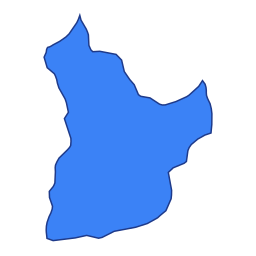 the Province of Laghman
{"feature_id": "AFG-1770", "entity_name": "Laghman", "entity_type": "Province", "adm_level": 1, "iso_a3": "AFG", "parent_name": "Afghanistan", "parent_adm1": "", "projection": "equal_earth", "projection_center": [70.121, 34.819], "detail": "fine", "context": "isolated", "style": "filled", "palette": "blue", "viewbox_px": 256, "rotation_deg": 0, "n_neighbors": 0, "source": "natural_earth", "source_scale": "10m", "svg_char_len": 1308}
<svg xmlns="http://www.w3.org/2000/svg" viewBox="0 0 256 256"><path d="M47.0,238.4L46.3,232.1L46.2,229.9L46.4,226.1L47.1,222.4L49.1,216.6L50.9,212.9L52.2,209.1L52.5,206.2L49.5,197.5L49.3,191.4L53.2,186.6L54.0,185.1L54.9,182.9L55.4,171.9L55.2,167.6L55.5,165.1L57.0,161.7L59.1,158.0L67.4,149.9L69.6,147.4L70.7,145.5L71.0,141.5L70.9,138.4L64.4,118.6L68.4,112.3L66.4,102.7L65.1,98.9L58.9,87.9L57.4,83.1L56.7,79.5L55.4,75.9L54.3,73.7L47.2,67.7L44.1,57.2L46.2,52.4L46.6,49.5L47.3,47.9L48.0,47.2L49.3,47.0L51.5,45.9L53.0,44.9L59.6,41.4L65.9,37.0L69.1,33.9L76.8,22.7L78.3,19.5L79.8,15.4L81.0,20.1L86.3,29.2L87.5,32.1L88.4,34.8L88.9,45.4L90.9,49.9L92.8,51.7L99.8,51.3L116.1,54.4L121.6,60.1L124.3,71.6L129.7,79.5L134.2,84.7L138.4,94.6L140.7,96.3L150.0,97.9L159.6,104.2L162.4,105.0L165.3,104.9L175.9,101.6L186.7,96.7L189.0,95.2L198.7,86.4L202.5,80.6L205.1,84.2L206.0,87.4L206.3,90.3L206.3,92.8L206.5,95.4L207.6,98.6L210.1,103.8L211.3,108.8L211.9,113.8L211.8,124.5L211.0,133.0L204.8,135.1L197.7,139.1L191.3,144.5L189.2,147.5L187.9,150.6L186.4,161.5L184.1,163.3L173.2,167.8L168.3,172.4L171.6,190.3L171.5,195.0L171.1,198.8L165.9,210.7L160.2,215.4L157.6,217.8L147.4,223.5L135.8,227.2L114.2,231.3L102.1,237.4L98.6,238.2L86.7,235.4L75.2,237.9L53.1,240.6L47.0,238.4Z" fill="#3b82f6" stroke="#1e3a8a" stroke-width="1.5"/></svg>